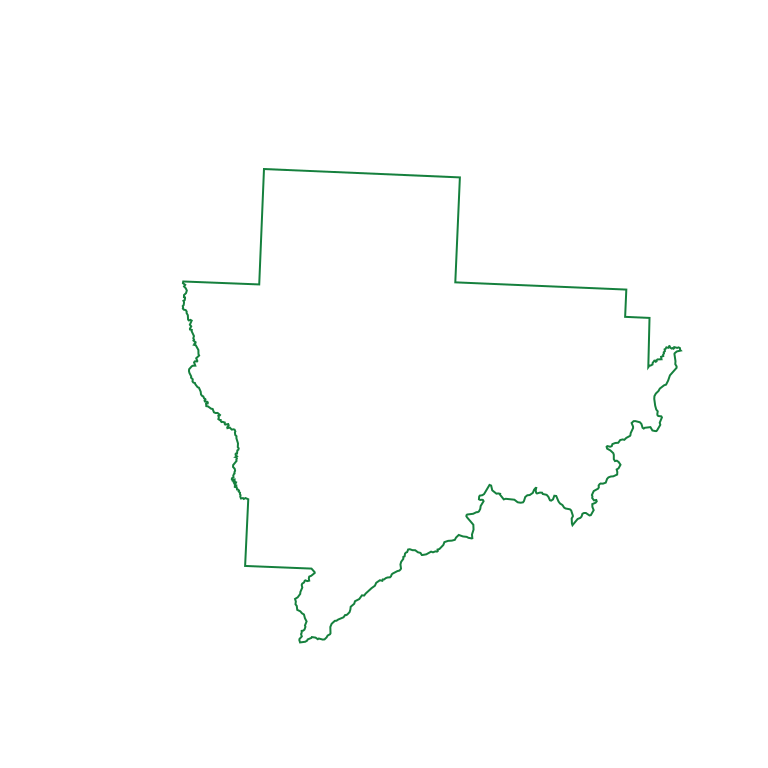 Catan Lil, Neuquén, Argentina, rotated 226°
{"feature_id": "61730980B52691065899930", "entity_name": "Catan Lil", "entity_type": "district", "adm_level": 2, "iso_a3": "ARG", "parent_name": "Argentina", "parent_adm1": "Neuquén", "projection": "orthographic", "projection_center": [-70.539, -39.454], "detail": "fine", "context": "isolated", "style": "outline", "palette": "green", "viewbox_px": 768, "rotation_deg": 226, "n_neighbors": 0, "source": "geoboundaries", "source_scale": "gbopen_adm2", "svg_char_len": 6166}
<svg xmlns="http://www.w3.org/2000/svg" viewBox="0 0 768 768"><g transform="rotate(226 384 384)"><path d="M291.2,170.7L288.8,169.5L287.0,167.3L285.0,167.1L281.8,164.7L278.6,165.9L276.1,165.7L273.8,166.3L270.4,164.4L267.0,163.4L265.2,159.4L263.9,158.8L262.6,156.2L262.7,154.6L263.6,153.3L262.2,151.9L261.7,150.6L259.5,149.5L259.3,146.1L258.6,145.2L256.4,144.1L253.3,148.3L252.8,150.5L253.3,151.6L251.8,155.4L252.1,156.3L249.1,158.6L246.4,159.1L246.2,160.3L242.7,162.4L241.6,163.8L241.6,166.7L242.2,168.7L241.5,171.3L241.8,172.3L246.5,176.6L247.9,179.8L247.8,184.1L246.7,185.4L246.4,187.4L244.3,192.8L244.8,195.6L244.0,196.3L243.7,197.4L243.8,200.7L245.1,203.1L246.9,205.3L246.6,209.9L247.9,212.2L246.5,216.8L247.3,221.3L245.6,222.8L246.0,225.2L245.8,233.2L245.2,237.3L246.4,240.3L245.7,244.7L243.6,246.1L244.3,247.3L243.4,248.2L243.1,250.5L242.4,252.1L240.8,254.0L240.8,255.4L241.7,257.3L241.6,258.6L240.1,263.7L239.1,265.4L239.1,267.0L239.4,268.0L242.8,270.5L244.2,272.9L244.8,276.4L246.2,277.8L245.7,279.1L247.4,281.3L247.5,282.6L247.0,283.9L248.2,286.4L247.2,287.8L244.6,289.1L242.7,291.0L239.4,291.5L237.2,292.9L234.7,292.4L234.4,292.7L232.1,296.1L230.7,301.4L228.9,302.3L227.9,304.7L226.6,305.7L226.5,306.7L227.7,307.5L226.8,309.2L227.0,314.9L228.3,317.6L226.6,321.2L224.2,324.0L222.7,326.7L223.5,329.2L223.5,332.9L219.5,334.9L216.6,337.3L214.7,337.9L212.0,339.8L211.7,340.4L214.6,342.7L217.0,347.2L220.7,350.5L230.3,351.1L231.7,351.4L232.3,352.2L232.3,353.2L228.7,358.0L227.6,361.4L226.7,362.4L226.4,363.8L227.3,366.5L229.1,368.8L230.5,374.2L231.7,374.6L232.7,374.1L233.7,372.7L235.1,372.2L236.8,374.1L237.2,375.3L235.7,377.5L235.3,379.5L238.1,389.8L236.5,390.5L232.3,388.0L227.0,388.7L226.0,390.1L224.4,391.2L224.1,390.6L217.8,390.0L216.9,391.8L210.2,397.4L206.1,398.0L205.1,398.7L203.6,399.9L202.3,401.8L202.6,403.4L204.6,407.1L204.4,409.8L202.9,411.7L202.3,415.4L203.7,418.6L203.9,421.0L203.5,421.3L202.1,419.2L200.1,417.9L199.0,418.0L197.6,420.7L196.0,422.2L194.6,421.8L191.3,424.0L188.7,423.9L185.1,422.6L184.0,423.2L183.6,425.4L185.3,428.9L183.8,430.1L178.2,427.9L175.7,427.6L173.0,428.3L170.0,427.7L168.4,428.1L164.7,430.7L163.0,430.8L158.3,428.5L157.6,427.9L156.9,425.6L153.0,422.2L151.5,421.5L152.4,429.5L151.3,432.3L151.4,434.0L152.8,436.6L152.3,438.2L151.0,439.6L146.7,440.5L146.0,441.7L147.6,447.2L150.8,448.5L152.9,450.4L151.6,453.8L151.8,455.5L153.1,456.1L154.4,454.2L157.4,454.6L158.4,455.9L159.7,456.4L161.3,460.5L160.0,465.3L160.4,466.7L161.9,467.9L162.2,469.6L162.0,470.6L160.2,472.3L159.0,475.0L160.8,478.6L160.9,480.6L159.9,482.9L158.3,484.8L156.9,488.8L158.6,490.7L160.9,492.0L160.4,494.1L161.6,498.0L164.8,498.6L167.1,498.2L168.1,496.6L170.3,497.1L173.4,500.1L175.0,500.9L178.9,500.7L182.5,499.6L184.2,500.5L184.2,501.5L181.8,503.1L181.1,504.6L182.1,506.6L180.9,509.4L179.0,511.7L179.6,515.0L178.3,517.2L176.9,518.1L176.9,520.9L175.8,524.8L176.0,525.7L177.3,527.3L179.3,532.6L180.4,533.6L183.9,535.0L183.9,537.7L182.6,539.1L178.7,541.5L176.4,541.4L172.9,539.6L171.5,539.9L171.4,541.1L167.9,545.7L164.1,544.8L161.6,546.5L160.9,547.3L161.0,548.4L162.7,554.4L164.6,555.4L166.9,560.7L168.1,561.0L170.4,559.1L171.4,559.0L172.5,559.7L174.2,561.9L176.5,562.1L180.0,564.0L185.6,568.1L187.4,570.1L188.3,572.9L188.3,576.6L189.1,579.2L188.5,584.6L187.6,586.5L189.1,590.8L191.6,595.7L192.4,605.7L193.4,606.7L195.9,607.3L197.9,609.5L203.9,613.8L204.2,614.5L204.0,617.3L201.9,620.7L202.8,620.7L204.3,621.8L205.7,621.3L206.3,620.0L208.9,618.4L208.2,617.3L208.3,616.7L209.4,616.5L209.6,615.6L211.0,615.2L212.9,615.7L213.1,615.2L212.4,614.6L212.5,613.7L214.2,612.6L213.7,611.0L214.0,609.9L212.5,608.9L212.5,607.2L211.5,606.6L211.2,605.1L210.1,604.3L211.1,602.2L209.0,600.8L211.7,597.8L211.7,596.8L211.0,595.9L211.2,595.0L212.6,595.2L213.0,594.7L212.5,591.8L211.5,590.7L212.1,588.5L212.9,587.9L212.5,585.8L247.1,620.9L264.8,604.1L283.6,623.9L407.6,505.9L479.9,582.1L622.0,447.0L542.3,363.4L597.2,310.8L596.2,309.4L593.4,309.9L593.1,307.9L590.6,307.9L588.2,307.1L586.9,304.7L586.9,301.9L585.4,300.4L584.5,301.0L583.9,300.5L582.8,298.9L583.2,297.5L581.9,297.1L580.9,296.0L579.9,294.6L579.9,293.4L578.2,292.3L578.0,291.7L576.6,291.6L574.9,292.7L573.2,292.4L572.2,291.3L569.8,290.7L566.4,287.8L565.2,287.8L564.6,289.3L563.2,289.7L561.5,285.5L559.4,285.4L558.6,282.8L558.0,282.3L556.4,283.3L555.6,282.3L550.5,280.6L549.4,278.6L547.9,278.2L547.6,277.1L544.9,277.5L544.4,276.7L544.7,275.8L544.1,275.5L544.1,274.6L542.6,275.5L537.4,274.1L534.4,271.3L532.9,270.8L533.0,266.8L530.2,265.7L530.1,265.2L531.7,263.7L531.5,262.4L528.3,261.0L530.0,259.1L530.3,257.9L530.0,254.1L528.8,252.7L527.1,251.7L523.4,250.6L522.6,249.6L520.3,249.7L518.8,248.0L517.4,247.9L516.0,248.7L514.9,248.1L511.2,247.7L509.9,248.3L505.8,246.8L503.6,245.1L501.8,244.9L500.6,245.4L498.7,244.6L497.3,245.0L496.9,244.8L496.8,243.5L495.9,243.0L494.2,244.4L493.2,244.5L492.5,243.7L493.4,242.3L491.5,240.8L490.2,241.8L486.3,242.5L485.1,243.4L481.8,242.0L480.1,242.7L478.8,244.2L475.6,244.5L475.5,243.9L476.2,242.8L474.3,241.6L473.9,240.5L472.4,240.7L471.5,241.5L470.7,240.8L469.5,240.7L468.9,241.6L466.9,242.7L465.9,241.7L465.1,241.6L463.4,244.1L462.2,243.6L461.7,241.1L461.0,240.7L459.8,242.8L457.0,242.8L455.8,244.4L454.9,244.8L453.1,244.1L452.7,243.1L450.7,241.6L448.9,241.6L447.6,240.2L442.7,237.7L440.2,235.0L438.7,234.8L437.9,233.6L438.1,232.4L436.1,230.0L436.8,229.3L436.7,228.5L435.8,227.9L434.1,228.0L434.5,226.4L433.7,226.8L432.6,226.4L432.1,225.1L431.1,224.5L430.5,219.2L429.2,217.8L426.7,217.7L425.0,216.6L424.5,215.2L423.4,214.3L423.5,213.5L422.8,211.9L421.4,210.9L421.8,209.1L421.0,208.2L420.1,208.2L419.1,210.2L418.2,209.4L418.5,208.3L416.0,209.3L415.7,208.5L416.8,207.3L414.9,206.8L413.7,207.3L413.5,206.7L414.1,205.7L413.6,205.2L412.0,206.3L410.2,205.0L409.4,205.7L408.1,205.7L407.7,204.8L405.8,204.9L405.0,203.9L403.7,203.6L402.9,202.4L401.0,201.6L399.9,203.3L398.7,203.3L398.2,205.1L395.4,206.3L349.6,157.7L301.6,203.6L296.8,203.4L296.2,202.9L296.6,198.4L297.4,196.4L296.4,194.9L294.5,193.6L295.5,191.9L297.4,191.0L297.5,190.2L296.8,188.6L297.2,186.5L296.6,185.2L294.3,183.8L292.5,179.4L291.2,177.9L290.5,173.7L291.2,170.7Z" fill="none" stroke="#15803d" stroke-width="2"/></g></svg>